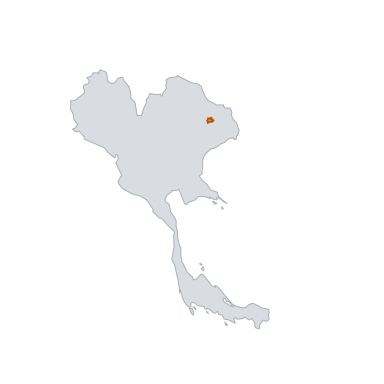 Kham Khuean Kaeo, Yasothon, Thailand shown in context, rotated 331°
{"feature_id": "78962969B10753248313683", "entity_name": "Kham Khuean Kaeo", "entity_type": "district", "adm_level": 2, "iso_a3": "THA", "parent_name": "Thailand", "parent_adm1": "Yasothon", "projection": "robinson", "projection_center": [104.4, 15.654], "detail": "fine", "context": "in_parent", "style": "filled", "palette": "amber", "viewbox_px": 384, "rotation_deg": 331, "n_neighbors": 0, "source": "geoboundaries", "source_scale": "gbopen_adm2", "svg_char_len": 5393}
<svg xmlns="http://www.w3.org/2000/svg" viewBox="0 0 384 384"><g transform="rotate(331 192 192)"><path d="M167.4,42.1L167.7,43.5L169.1,41.6L170.9,40.6L174.5,44.9L174.9,46.8L172.2,53.6L172.6,55.9L174.3,57.8L176.3,58.9L178.4,58.6L182.4,56.6L186.8,57.9L186.5,62.4L188.0,69.6L185.8,77.0L183.7,80.6L185.3,83.8L185.4,86.8L181.1,98.3L182.0,99.2L184.7,100.5L185.8,100.0L190.2,95.5L195.1,92.0L196.7,89.1L199.8,88.1L202.6,85.4L208.9,90.1L210.6,90.5L211.4,91.2L211.8,93.2L212.6,93.5L215.2,90.9L219.6,89.2L221.3,85.2L223.4,84.0L223.2,82.1L223.8,81.3L227.4,81.1L232.8,83.2L234.7,83.7L235.7,83.2L244.2,95.9L249.8,100.8L251.2,104.1L249.9,112.7L250.0,117.6L251.2,121.3L253.6,123.9L255.3,127.6L261.8,131.2L261.2,132.1L261.7,134.4L265.7,137.1L266.0,138.0L265.6,141.4L263.7,144.0L263.3,146.2L263.3,148.8L264.4,152.9L263.1,161.1L260.7,163.5L257.6,165.1L255.9,167.4L254.6,166.8L254.0,164.5L250.5,163.2L243.9,164.4L240.6,163.9L236.2,164.7L231.9,164.4L229.3,163.4L222.1,165.2L219.1,166.9L216.9,169.2L213.6,175.3L210.3,179.0L210.3,180.6L206.2,181.5L206.4,186.7L208.8,192.3L209.4,199.4L214.0,204.4L213.1,207.9L213.7,211.4L217.2,219.2L214.7,215.5L214.2,213.0L211.1,209.0L210.1,211.0L206.6,208.0L205.1,205.1L204.5,206.4L201.0,202.3L197.4,200.0L195.4,199.0L190.4,200.5L184.0,199.3L181.5,200.4L180.5,199.8L179.9,198.5L181.8,183.7L176.2,181.9L175.3,180.9L174.1,182.0L168.6,182.7L164.7,185.4L164.2,187.6L166.0,191.7L163.7,199.0L164.4,205.9L164.1,209.7L161.3,214.5L160.6,218.4L157.5,224.3L155.4,231.7L154.9,236.1L151.2,242.7L150.3,246.4L149.0,247.8L149.5,250.8L148.9,259.8L151.2,266.4L150.6,269.5L153.1,270.5L159.1,268.5L161.1,269.0L162.3,272.6L163.8,283.4L166.4,286.7L167.0,285.1L168.2,286.8L169.1,290.0L172.2,307.0L173.8,311.4L171.9,310.3L170.9,305.0L169.1,304.7L169.7,301.4L168.6,300.2L166.9,301.1L166.9,303.8L171.6,312.2L174.6,312.5L178.3,316.2L182.4,319.0L187.5,318.0L191.1,318.9L193.2,321.2L196.5,326.9L202.0,331.7L201.2,334.7L199.0,337.1L197.9,340.3L196.4,341.2L194.3,341.2L192.1,338.6L186.7,341.0L185.5,343.5L184.1,344.1L181.7,341.4L181.9,339.8L183.4,337.6L183.0,331.7L179.8,331.6L177.6,327.2L176.9,326.8L175.3,327.5L170.2,325.4L168.7,322.6L167.1,322.8L166.1,327.6L161.6,321.2L158.4,318.6L158.9,313.9L156.7,312.9L155.9,311.6L156.7,308.8L153.7,309.2L152.3,308.4L150.6,303.4L149.2,301.3L147.3,301.3L146.6,300.3L146.8,297.8L142.1,294.3L140.5,290.2L138.3,288.4L136.8,289.0L135.4,291.9L134.3,291.7L133.3,290.9L132.1,286.8L132.2,279.7L133.7,275.6L134.6,269.0L136.8,263.4L141.5,247.1L141.7,240.8L149.6,231.6L154.8,221.2L156.5,219.6L157.3,217.7L154.6,209.3L153.4,203.5L153.6,201.9L150.3,198.0L149.5,193.4L148.6,192.0L148.3,190.5L149.5,187.8L148.9,177.9L145.2,171.0L138.7,164.6L132.9,155.3L132.2,152.0L132.0,147.3L136.7,144.1L138.6,143.9L139.4,129.9L143.4,127.2L144.3,126.0L144.7,123.7L143.8,122.3L141.2,124.6L140.6,124.1L137.4,115.8L136.8,110.8L123.8,93.9L124.4,91.1L122.6,83.8L120.6,83.7L119.3,82.3L118.0,79.1L120.5,79.5L124.6,77.6L124.0,70.6L125.8,66.5L126.1,59.7L129.2,55.7L129.7,53.7L131.4,53.5L133.7,55.0L136.0,55.0L145.8,53.3L147.1,51.4L147.7,47.7L148.6,46.5L150.8,46.2L153.3,47.0L156.0,45.5L155.6,41.1L160.2,41.9L163.3,39.9L167.4,42.1ZM135.7,293.8L135.0,299.0L133.1,300.1L132.5,297.0L133.6,292.1L134.1,293.2L135.7,293.8ZM165.4,262.9L165.0,265.4L163.4,266.3L163.0,263.4L165.4,262.9ZM206.1,210.3L208.1,213.9L205.8,213.6L205.4,210.1L206.1,210.3ZM157.8,325.9L156.8,324.4L157.7,322.0L158.5,324.9L157.8,325.9ZM138.7,294.3L138.3,297.2L137.4,293.3L138.7,294.3ZM165.4,260.6L164.6,260.3L163.8,258.6L164.9,258.7L165.4,260.6ZM146.7,303.0L147.7,306.4L146.5,304.8L146.7,303.0ZM211.3,219.9L211.0,222.0L210.0,221.1L210.6,219.6L211.3,219.9ZM133.5,273.3L132.4,274.1L133.3,272.1L133.5,273.3Z" fill="#d9dde1" stroke="#a8b0b8" stroke-width="1"/><path d="M244.1,136.1L243.9,136.0L243.7,136.0L243.4,136.2L243.3,136.3L243.2,136.3L242.9,136.2L242.7,135.9L242.4,135.9L242.5,135.9L242.4,135.9L242.4,136.0L242.2,136.1L242.3,136.1L242.2,136.2L241.9,135.9L242.0,135.9L241.9,135.8L241.9,135.7L241.7,135.6L241.5,135.8L241.5,135.7L241.4,135.8L241.3,135.7L241.2,135.7L241.1,135.8L241.2,136.0L240.9,136.3L240.6,136.6L240.5,136.8L240.4,136.9L240.3,137.0L240.2,137.1L239.9,137.3L239.6,137.5L239.7,137.8L239.8,137.8L239.8,137.7L239.9,137.8L239.8,138.0L239.7,137.9L239.6,138.0L239.7,138.3L239.6,138.5L239.9,138.4L240.0,138.4L240.0,138.5L239.8,138.6L239.8,138.8L240.0,138.9L240.3,138.8L240.3,139.1L240.2,139.2L240.3,139.2L240.3,139.3L240.5,139.3L240.5,139.5L240.8,139.5L240.8,139.4L240.8,139.2L241.0,139.2L241.0,139.3L241.3,139.3L241.5,139.3L241.6,139.2L241.7,139.3L241.9,139.3L242.1,139.5L242.3,139.7L242.6,139.8L242.8,139.9L243.0,140.1L243.2,140.3L243.3,140.2L243.4,140.3L243.5,140.4L243.7,140.2L243.8,140.3L244.0,140.4L244.3,140.4L244.4,140.2L244.5,140.1L244.8,140.2L244.8,140.3L245.0,140.3L245.2,140.2L245.3,140.2L245.5,140.0L245.5,139.9L245.7,139.7L245.6,139.4L245.4,139.3L245.3,139.2L245.3,139.3L245.2,139.3L244.9,139.4L244.7,139.2L244.8,139.2L244.8,138.9L244.9,138.7L244.7,138.7L244.6,138.8L244.6,138.7L244.4,138.8L244.4,138.7L244.5,138.7L244.5,138.4L244.4,138.3L244.4,138.2L244.5,138.2L244.4,138.1L244.5,138.1L244.5,137.9L244.4,137.8L244.4,137.7L244.5,137.7L244.4,137.6L244.5,137.5L244.5,137.4L244.4,137.4L244.4,137.2L244.5,137.1L244.4,137.1L244.2,137.1L244.1,136.9L244.2,136.7L244.2,136.4L244.3,136.4L244.2,136.4L244.3,136.4L244.2,136.4L244.3,136.3L244.2,136.3L244.2,136.2L244.1,136.1Z" fill="#f59e0b" stroke="#b45309" stroke-width="1.5"/></g></svg>